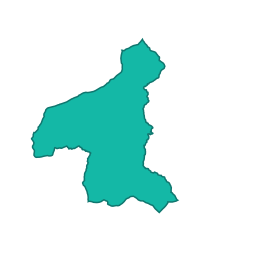 outline of Chivor, Boyacá, Colombia, rotated 211°
{"feature_id": "7082276B38103327022456", "entity_name": "Chivor", "entity_type": "district", "adm_level": 2, "iso_a3": "COL", "parent_name": "Colombia", "parent_adm1": "Boyacá", "projection": "robinson", "projection_center": [-73.366, 4.86], "detail": "fine", "context": "isolated", "style": "filled", "palette": "teal", "viewbox_px": 256, "rotation_deg": 211, "n_neighbors": 0, "source": "geoboundaries", "source_scale": "gbopen_adm2", "svg_char_len": 5824}
<svg xmlns="http://www.w3.org/2000/svg" viewBox="0 0 256 256"><g transform="rotate(211 128 128)"><path d="M206.3,75.7L205.8,73.4L205.0,72.2L204.9,71.9L204.9,71.1L205.2,69.3L205.0,69.0L203.1,68.2L201.2,67.1L200.6,65.9L200.4,64.5L200.5,63.4L199.9,62.3L199.1,61.7L196.8,60.7L196.0,59.4L195.2,57.4L194.5,56.2L192.9,55.5L192.0,55.5L191.2,55.8L190.6,56.3L189.0,57.3L187.4,58.6L185.5,60.6L182.9,62.9L181.5,63.3L180.6,63.8L179.6,64.6L178.8,65.8L178.9,66.7L179.4,68.2L179.8,70.9L180.2,71.9L180.6,73.4L180.4,73.6L180.0,73.7L178.5,73.7L177.9,74.1L176.9,75.2L176.0,75.9L175.7,76.1L175.4,76.0L175.0,76.3L174.4,76.5L173.5,77.9L171.2,80.9L170.4,80.8L169.9,80.4L169.5,80.3L168.5,80.3L168.1,79.7L167.6,80.1L167.1,80.2L167.0,80.7L166.6,81.1L166.2,81.3L165.5,80.9L165.1,81.2L164.2,82.5L163.5,82.8L163.2,83.0L162.5,84.5L162.1,85.0L161.4,86.6L160.9,87.2L160.5,87.4L159.7,87.0L158.8,87.1L158.7,86.9L158.2,87.1L157.8,87.0L157.3,86.8L156.7,86.9L156.2,86.0L155.5,86.1L154.7,86.7L153.5,86.6L152.9,87.0L152.7,87.0L152.4,86.3L152.0,86.4L151.8,86.7L151.3,86.9L150.6,87.0L150.3,87.2L149.9,87.0L149.0,87.5L148.3,87.5L147.1,87.3L147.1,87.0L147.3,86.7L147.2,86.2L146.7,85.6L146.7,85.2L146.6,84.4L146.8,83.5L146.5,82.5L146.5,82.0L146.9,81.3L146.9,81.1L146.3,80.3L146.1,80.1L145.6,78.4L144.4,78.0L144.4,77.3L143.9,76.6L143.9,75.9L144.1,75.5L144.0,74.7L143.4,73.3L142.7,72.6L142.7,71.5L142.6,71.0L142.0,70.1L141.8,67.1L141.5,66.1L141.1,65.5L140.5,64.3L140.5,63.9L140.2,63.5L139.8,62.7L139.4,62.4L138.9,61.3L138.3,60.8L138.7,58.3L138.6,57.5L136.8,56.0L135.4,55.8L134.6,55.5L130.3,52.4L129.3,51.2L128.0,50.1L126.9,48.7L126.3,47.9L125.4,46.1L125.0,45.8L124.2,44.5L124.0,44.9L122.7,45.6L120.8,46.3L119.4,46.5L117.0,47.7L115.7,48.5L114.4,49.6L113.2,51.0L111.7,54.0L111.1,54.2L109.9,54.1L108.6,54.5L107.8,54.4L107.3,54.1L106.8,53.5L106.3,52.4L106.0,52.3L105.6,52.2L103.9,52.5L102.6,52.5L101.5,52.8L100.5,53.4L98.1,55.5L96.6,56.2L95.4,57.4L95.3,58.0L94.1,60.4L93.4,63.0L93.1,65.8L92.6,67.0L91.3,68.6L90.9,69.9L90.2,70.9L89.6,71.2L88.2,72.3L85.8,72.3L84.1,72.2L82.3,71.7L81.0,71.8L79.6,72.1L77.5,73.3L74.3,73.2L72.0,73.8L69.2,73.9L66.9,74.4L63.1,72.8L57.7,71.7L56.6,76.6L56.0,78.6L55.6,80.6L55.3,83.7L55.4,84.8L55.7,85.2L51.9,87.4L49.1,90.2L48.2,91.7L48.8,91.7L49.7,92.0L53.3,94.3L55.1,94.5L56.5,95.1L57.1,95.2L58.0,95.0L58.4,96.0L59.0,96.8L60.1,99.1L62.0,100.7L62.7,101.0L63.9,101.9L64.3,102.1L65.8,102.2L66.6,101.9L67.6,102.2L68.3,102.8L70.3,103.6L70.4,103.9L71.3,104.7L71.8,104.7L73.2,104.0L73.8,104.0L74.4,104.0L74.8,104.4L75.3,104.5L76.0,103.9L77.1,103.6L77.9,103.4L78.4,103.4L78.7,103.6L79.0,104.1L79.5,104.3L81.7,103.9L82.0,104.0L82.5,103.9L82.7,103.5L82.7,103.0L82.8,102.7L85.5,101.9L86.3,102.7L88.2,102.8L88.8,102.9L89.3,103.4L89.7,103.5L90.2,103.4L91.1,102.8L91.5,102.8L92.0,102.3L92.3,102.3L92.7,102.7L93.0,102.6L93.7,102.9L94.1,102.9L95.8,103.7L96.3,105.2L96.6,105.4L96.9,106.1L97.5,106.5L97.9,108.9L98.2,109.8L99.3,112.1L100.0,113.0L99.9,113.3L99.6,113.7L99.6,114.1L100.0,115.2L101.1,117.1L101.9,118.0L102.1,118.6L103.9,119.3L104.1,120.0L104.9,120.7L105.3,121.3L104.6,121.6L104.5,122.0L105.0,124.5L104.9,124.9L104.6,125.4L104.6,125.8L105.7,126.9L105.7,127.3L105.0,128.1L104.9,128.4L105.2,129.0L104.9,129.6L105.1,130.3L106.0,131.6L107.7,132.7L107.8,133.1L106.7,134.0L106.4,134.0L106.1,133.8L105.9,133.9L105.6,133.8L105.4,133.9L105.4,134.5L105.2,134.7L104.7,134.9L104.5,135.2L104.5,135.5L104.1,135.6L103.9,136.1L104.1,136.3L104.8,136.2L105.7,136.5L106.7,136.3L106.8,136.8L106.5,137.3L107.2,138.5L107.3,139.4L107.3,139.9L106.8,140.6L106.8,140.9L107.4,141.4L107.9,141.4L108.4,141.7L109.6,141.8L111.9,141.5L112.4,141.7L113.2,142.3L113.9,142.0L114.1,142.0L114.7,142.5L115.1,142.4L115.6,142.2L115.9,142.4L117.2,144.0L117.6,144.2L118.3,144.4L118.7,144.6L120.5,147.0L122.0,148.4L122.1,149.0L123.2,150.2L124.0,151.4L124.9,152.0L125.1,152.6L125.0,153.9L125.7,155.7L125.5,156.8L125.1,157.1L124.8,157.6L124.5,159.9L124.0,160.6L123.9,161.0L124.1,161.9L124.4,162.3L125.5,162.6L125.8,162.9L126.0,163.7L126.3,164.1L127.9,164.5L128.1,164.9L128.2,167.5L128.9,168.0L129.2,168.8L129.5,168.9L130.4,168.6L131.9,170.1L132.3,170.0L132.7,169.6L133.6,169.5L134.8,170.0L135.2,170.3L135.3,170.8L135.4,171.9L135.2,172.2L134.6,172.4L133.8,174.2L133.6,174.9L133.9,175.3L134.0,175.7L133.9,176.0L133.2,176.2L133.0,176.5L132.9,178.0L131.8,179.2L131.4,179.9L130.7,180.7L130.4,181.7L129.7,183.1L128.9,185.4L128.0,186.3L127.7,187.0L127.7,187.4L128.8,189.8L128.6,191.2L129.2,193.3L129.0,195.1L127.9,197.3L127.8,197.8L127.8,198.3L128.0,198.8L128.2,199.1L128.2,199.9L129.8,201.1L131.0,201.7L132.1,201.8L134.4,201.9L134.8,202.1L135.8,201.9L136.3,202.3L136.7,203.4L137.5,204.9L137.9,205.1L138.7,205.1L142.0,206.4L143.3,207.0L145.1,206.8L147.7,206.1L148.7,206.0L149.5,206.4L150.6,207.6L151.0,207.7L152.0,207.8L153.0,207.6L153.3,208.0L154.9,208.8L156.3,209.0L157.4,209.4L158.8,210.2L160.5,210.7L160.9,211.2L161.3,211.5L161.7,208.0L162.1,206.6L162.2,204.9L165.8,201.4L167.6,198.6L167.7,198.0L168.6,196.5L170.2,194.7L170.6,193.9L171.0,192.5L171.4,192.0L172.4,191.9L173.2,191.5L172.5,191.0L171.3,187.1L170.0,184.1L167.1,180.3L165.6,179.6L164.0,176.7L163.2,175.6L162.7,173.8L162.5,173.0L162.7,171.8L164.7,167.0L165.6,162.9L166.4,161.9L167.5,160.9L167.9,160.1L167.9,157.4L168.1,156.6L168.9,155.8L169.2,154.1L170.4,150.8L171.8,149.3L172.5,148.2L175.0,143.5L176.3,141.6L179.3,138.8L180.8,137.6L182.6,136.8L184.4,135.0L185.6,133.0L185.9,132.1L186.9,130.9L187.0,129.7L188.2,127.9L188.8,127.3L190.0,125.7L190.7,124.5L191.2,124.0L194.0,118.7L197.9,114.0L198.6,113.5L198.9,112.6L199.7,112.0L201.7,109.3L206.7,104.3L207.3,103.4L207.8,101.3L207.3,99.6L207.3,97.0L206.7,95.6L205.8,94.9L205.7,91.7L205.0,88.2L204.9,87.5L204.9,86.3L205.1,85.2L205.0,84.4L205.1,83.4L205.4,82.6L205.1,81.8L204.4,80.7L204.6,79.4L204.9,78.3L205.2,76.6L205.5,76.1L206.3,75.7Z" fill="#14b8a6" stroke="#0f766e" stroke-width="1.5"/></g></svg>